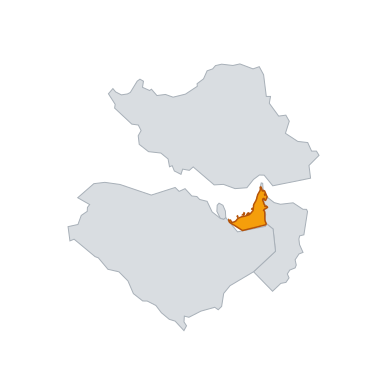 United Arab Emirates and the surrounding countries, rotated 338°
{"feature_id": "ARE", "entity_name": "United Arab Emirates", "entity_type": "country or territory", "adm_level": 0, "iso_a3": "ARE", "parent_name": "Asia", "parent_adm1": "", "projection": "robinson", "projection_center": [54.388, 24.345], "detail": "fine", "context": "with_neighbors", "style": "filled", "palette": "amber", "viewbox_px": 384, "rotation_deg": 338, "n_neighbors": 4, "source": "natural_earth", "source_scale": "50m", "svg_char_len": 4570}
<svg xmlns="http://www.w3.org/2000/svg" viewBox="0 0 384 384"><g transform="rotate(338 192 192)"><path d="M208.4,227.1L207.8,219.3L210.4,213.7L212.9,212.5L215.7,215.9L215.8,222.2L213.7,228.5L211.2,229.3L208.4,227.1Z" fill="#d9dde1" stroke="#a8b0b8" stroke-width="1"/><path d="M249.1,249.1L249.3,244.8L252.0,240.3L252.0,235.9L256.2,233.8L254.6,232.3L255.3,225.3L260.0,225.3L264.2,232.6L269.4,236.5L281.7,239.9L288.4,249.6L291.7,251.0L291.8,253.4L279.7,273.6L275.4,273.0L273.5,275.6L272.0,281.1L272.3,289.6L268.0,289.5L262.2,293.5L261.3,298.8L259.2,301.0L253.4,301.0L249.7,303.7L249.8,308.0L245.2,311.0L240.1,310.0L229.5,314.2L219.2,289.0L247.2,278.2L253.3,256.7L249.1,249.1ZM258.7,216.8L257.0,213.1L259.6,209.5L260.8,210.4L258.7,216.8Z" fill="#d9dde1" stroke="#a8b0b8" stroke-width="1"/><path d="M188.4,171.5L183.5,165.9L183.5,160.2L180.6,160.2L182.2,152.4L177.7,144.2L166.8,138.3L160.9,128.1L163.2,119.7L167.8,116.0L167.3,109.8L161.6,106.5L151.7,85.2L153.6,81.9L151.3,69.6L157.4,66.5L158.7,70.6L162.9,75.5L168.9,76.9L172.1,76.6L182.7,68.7L186.0,67.9L188.5,71.1L185.3,76.4L190.7,82.0L192.9,81.5L195.6,89.4L203.9,91.6L210.0,97.0L222.6,98.8L236.5,96.0L237.3,93.5L245.1,91.4L251.4,85.3L257.3,85.6L261.1,83.6L267.4,84.6L277.3,90.0L284.4,91.2L294.7,100.7L301.3,101.0L302.3,110.1L296.7,131.2L300.6,132.8L296.9,138.7L300.8,154.1L307.8,155.9L308.7,162.8L300.6,172.6L309.0,184.7L317.8,189.5L318.2,198.9L322.7,200.7L323.5,205.6L310.4,211.2L307.1,223.6L269.2,216.5L265.2,203.4L260.8,201.5L253.7,203.4L244.5,208.6L233.2,205.0L224.0,196.7L215.2,193.7L202.5,169.2L197.6,170.9L191.9,167.3L188.4,171.5Z" fill="#d9dde1" stroke="#a8b0b8" stroke-width="1"/><path d="M64.1,177.7L74.1,179.4L80.6,172.2L87.6,170.7L89.3,167.1L92.4,165.3L83.9,154.5L104.1,147.5L114.8,150.4L128.0,158.0L153.1,179.6L178.1,181.5L180.3,186.6L186.8,186.3L190.3,195.6L194.8,198.0L196.3,201.8L202.5,206.3L203.2,218.0L208.4,227.1L211.2,229.3L213.7,228.5L219.3,246.0L247.2,251.4L249.1,249.1L253.3,256.7L247.2,278.2L219.2,289.0L192.2,293.1L183.4,297.9L176.6,309.2L172.2,311.0L169.9,307.4L155.6,305.8L142.2,307.0L138.4,304.2L135.9,309.5L136.8,314.0L132.6,317.5L128.0,305.4L123.2,301.5L118.4,292.5L116.0,283.7L109.6,276.3L105.5,274.6L99.6,264.3L99.3,250.5L94.3,238.6L85.1,232.2L80.5,218.0L77.9,215.6L65.0,191.6L60.5,191.6L64.1,177.7Z" fill="#d9dde1" stroke="#a8b0b8" stroke-width="1"/><path d="M259.1,217.5L259.7,218.4L259.8,224.3L259.9,224.7L259.6,224.8L259.2,225.2L258.8,225.9L258.2,226.3L257.8,226.7L257.3,227.2L256.9,227.3L256.4,226.7L256.1,226.0L256.2,225.9L256.4,225.8L256.5,225.5L256.3,225.0L256.0,224.8L255.6,224.8L255.1,225.0L254.7,225.4L254.5,225.9L254.4,226.8L254.5,227.9L254.5,228.4L254.3,229.0L254.2,230.0L254.4,230.7L254.5,231.1L254.6,231.5L254.2,232.6L254.5,232.8L255.7,232.9L256.1,233.7L256.3,234.2L256.2,234.6L255.4,234.8L254.3,235.0L253.6,235.0L252.2,235.3L251.5,235.9L251.7,236.2L251.9,236.5L252.0,237.2L251.8,238.2L251.4,239.2L251.0,240.4L250.4,241.8L249.6,243.9L249.0,245.6L248.9,246.8L248.9,247.6L248.9,249.2L248.2,250.0L247.4,249.9L247.1,249.9L246.4,249.8L245.3,249.7L243.9,249.5L242.2,249.2L240.4,249.0L238.4,248.7L236.3,248.4L234.2,248.1L232.2,247.8L230.4,247.5L228.7,247.3L227.3,247.1L226.2,246.9L225.5,246.8L225.2,246.8L224.5,246.7L224.0,246.1L223.5,245.4L223.0,244.7L222.5,244.0L222.0,243.3L221.5,242.6L221.0,241.9L220.5,241.2L220.0,240.5L219.5,239.8L219.0,239.1L218.5,238.4L217.9,237.7L217.4,237.0L216.9,236.3L216.4,235.6L215.9,234.9L215.6,234.4L215.4,233.9L215.4,232.5L215.4,232.2L215.7,231.6L215.9,232.0L216.3,232.5L216.9,232.4L217.2,232.5L217.4,234.4L217.9,235.1L218.5,235.4L220.4,235.5L221.7,235.3L224.1,234.0L225.4,233.6L228.9,233.6L231.7,234.2L236.0,234.5L236.9,234.4L239.2,233.4L240.7,232.5L241.5,232.2L242.1,231.4L242.5,230.3L242.8,229.5L243.2,229.2L243.6,228.6L244.0,227.5L244.8,226.5L248.0,224.0L249.9,221.9L250.1,221.3L251.1,220.2L251.9,219.1L255.8,216.0L256.5,214.6L257.0,213.2L257.4,213.0L257.8,213.2L257.9,214.3L257.7,215.4L257.7,216.5L257.6,217.1L258.0,217.6L258.6,217.8L258.9,217.7L259.1,217.5ZM258.9,222.0L259.0,221.5L258.9,221.3L258.5,221.2L258.3,221.6L258.3,222.2L258.6,222.2L258.9,222.0ZM237.2,233.3L237.2,233.7L236.3,233.6L236.0,233.8L235.2,233.7L234.5,233.4L235.0,233.0L236.3,232.4L236.9,232.9L237.2,233.3ZM231.7,232.5L231.0,232.5L230.4,232.1L231.7,231.6L232.0,231.3L232.4,230.8L232.7,231.2L232.4,231.9L232.2,232.2L231.7,232.5ZM242.2,230.5L241.8,230.7L241.2,230.5L241.0,230.2L241.4,229.8L241.5,229.8L241.8,230.2L242.2,230.5ZM225.1,232.1L224.9,232.2L224.8,231.6L224.8,231.4L225.2,231.2L225.4,231.7L225.1,232.1Z" fill="#f59e0b" stroke="#b45309" stroke-width="1.5"/></g></svg>